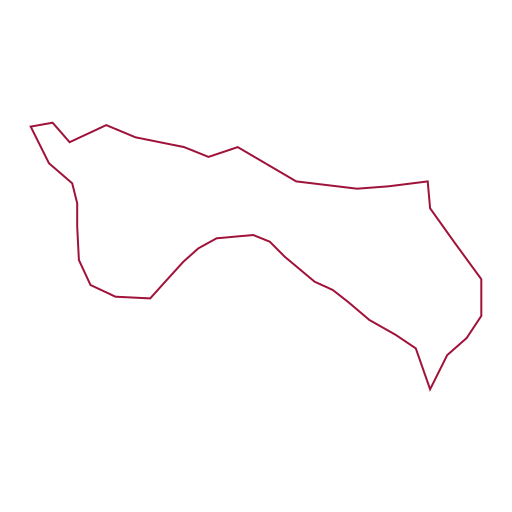 Moutoulias, Nicosia, Cyprus
{"feature_id": "46923920B1474013022531", "entity_name": "Moutoulias", "entity_type": "district", "adm_level": 2, "iso_a3": "CYP", "parent_name": "Cyprus", "parent_adm1": "Nicosia", "projection": "mercator", "projection_center": [32.834, 34.974], "detail": "fine", "context": "isolated", "style": "outline", "palette": "rose", "viewbox_px": 512, "rotation_deg": 0, "n_neighbors": 0, "source": "geoboundaries", "source_scale": "gbopen_adm2", "svg_char_len": 610}
<svg xmlns="http://www.w3.org/2000/svg" viewBox="0 0 512 512"><path d="M481.3,279.2L454.5,242.5L430.1,208.3L427.7,181.4L388.7,186.3L357.1,188.7L296.2,181.4L237.7,147.1L208.5,156.9L184.1,147.1L135.4,137.3L106.2,125.1L69.6,142.2L52.6,122.7L30.7,126.6L49.0,163.3L72.2,183.3L77.2,203.3L77.2,226.7L78.9,260.0L90.5,285.0L115.4,296.7L150.2,298.4L165.2,281.7L183.4,261.7L198.4,248.3L216.6,238.3L253.2,235.0L269.8,241.7L284.7,256.7L314.6,281.7L332.8,290.0L347.8,301.7L369.4,320.0L395.9,335.0L415.8,348.4L430.1,389.3L447.2,355.1L466.7,338.0L481.3,315.9L481.3,279.2Z" fill="none" stroke="#9f1239" stroke-width="2"/></svg>